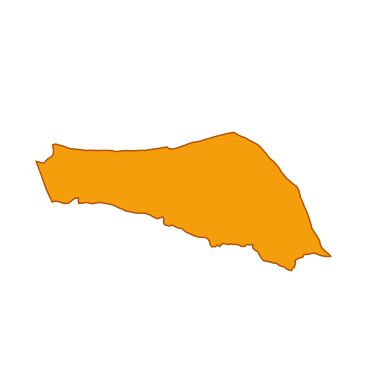 the district of Awendo, Nyanza, Kenya, rotated 117°
{"feature_id": "3690345B13715496647196", "entity_name": "Awendo", "entity_type": "district", "adm_level": 2, "iso_a3": "KEN", "parent_name": "Kenya", "parent_adm1": "Nyanza", "projection": "natural_earth1", "projection_center": [34.547, -0.872], "detail": "fine", "context": "isolated", "style": "filled", "palette": "amber", "viewbox_px": 384, "rotation_deg": 117, "n_neighbors": 0, "source": "geoboundaries", "source_scale": "gbopen_adm2", "svg_char_len": 2962}
<svg xmlns="http://www.w3.org/2000/svg" viewBox="0 0 384 384"><g transform="rotate(117 192 192)"><path d="M264.4,312.1L262.3,309.8L261.1,306.5L260.5,302.0L259.7,299.4L258.2,297.2L256.2,295.9L253.8,295.2L250.7,293.3L248.7,290.7L251.4,289.3L253.6,287.6L251.6,284.5L249.3,281.5L248.6,278.7L248.0,276.6L247.5,275.2L247.1,274.5L245.0,272.2L242.9,268.8L241.9,265.6L241.2,262.6L240.0,259.6L239.4,255.5L239.4,252.0L239.3,249.5L239.0,246.7L239.0,242.8L237.6,237.8L236.9,234.5L235.7,231.3L233.7,227.4L232.1,223.6L231.6,219.8L231.6,217.0L231.9,214.2L231.5,210.9L229.7,208.9L227.5,207.0L229.1,204.5L231.9,203.8L233.6,201.5L233.3,200.1L232.7,197.1L230.4,194.4L230.5,190.9L230.4,187.9L229.1,184.5L229.8,182.0L230.5,178.6L230.1,175.2L230.2,172.3L229.7,168.8L229.0,164.9L227.6,162.2L226.3,158.9L226.9,155.8L228.6,153.4L230.6,152.0L231.9,149.6L230.7,147.4L230.1,146.4L228.1,145.7L228.0,142.4L226.5,142.3L224.5,141.7L223.2,139.3L222.7,136.5L220.7,133.8L220.1,131.6L218.5,128.6L217.9,125.5L218.0,123.0L216.5,120.4L213.8,119.1L213.0,116.6L211.3,114.0L214.2,112.6L215.1,109.7L215.2,106.2L217.2,103.9L219.2,100.5L220.8,97.3L219.9,94.5L218.9,90.6L218.3,87.0L217.1,84.5L217.8,81.5L217.6,78.4L216.9,75.2L217.6,72.8L217.5,70.1L217.0,67.8L214.5,67.6L212.0,66.6L209.1,67.5L206.0,69.0L203.7,67.6L201.7,66.0L199.7,63.7L196.8,63.7L194.9,60.4L192.5,57.6L190.7,55.0L190.6,51.9L190.0,47.6L188.7,43.7L187.6,41.1L187.0,40.0L186.2,39.3L185.8,40.1L185.6,40.9L184.8,43.9L183.8,48.4L182.2,52.0L179.7,54.5L177.4,56.3L175.5,59.2L174.9,60.1L174.2,61.2L172.6,64.2L170.8,67.3L169.6,69.3L168.3,70.1L166.3,71.9L163.6,74.5L160.5,77.7L157.7,80.6L154.4,84.8L151.9,87.6L149.6,90.2L147.6,92.7L145.8,94.4L144.3,95.7L141.7,98.0L139.6,101.3L139.0,105.0L138.3,108.4L137.3,112.1L136.5,115.0L135.2,117.7L134.1,120.4L132.4,123.3L131.1,125.3L130.0,127.8L128.9,130.5L127.9,132.8L127.2,135.4L126.7,138.1L125.6,140.6L124.5,142.6L123.7,144.4L123.0,146.4L122.6,147.3L122.1,148.6L120.8,151.8L120.0,155.2L119.9,158.6L119.8,161.4L119.9,162.9L119.9,163.8L119.7,166.9L119.6,170.0L120.1,173.0L120.3,177.2L119.7,181.3L120.9,183.2L122.6,185.3L124.7,188.2L127.6,191.2L130.4,194.6L133.4,197.9L136.5,201.1L139.6,204.5L142.3,207.1L145.8,211.3L147.7,214.2L150.7,217.1L152.9,218.9L155.6,221.5L158.9,224.6L162.4,228.4L163.9,232.5L163.3,235.1L164.2,236.0L165.1,237.3L165.8,238.4L167.6,240.6L169.6,243.3L172.5,247.5L174.3,250.0L176.1,252.5L177.6,255.5L180.5,260.6L182.6,264.1L184.3,268.0L185.7,270.8L187.0,273.0L188.7,275.3L190.8,278.8L191.4,281.7L193.1,285.8L195.4,290.3L197.2,293.7L198.5,296.0L199.5,298.5L201.7,302.9L203.5,306.0L204.1,308.0L205.3,311.7L206.3,313.9L207.3,316.8L208.4,319.4L209.1,321.9L209.3,326.1L210.0,329.3L210.5,332.0L211.2,335.3L213.3,337.5L216.3,335.4L217.2,334.8L218.6,333.8L219.9,333.2L221.5,332.9L222.6,332.9L224.8,333.6L225.6,334.0L228.0,335.5L229.0,335.9L231.2,336.4L233.8,337.4L234.4,339.8L234.9,342.6L235.5,344.7L247.7,331.5L255.6,323.3L264.4,312.1Z" fill="#f59e0b" stroke="#b45309" stroke-width="1.5"/></g></svg>